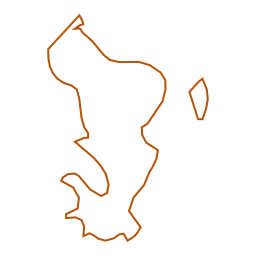 SVG path tracing the border of Mayotte
{"feature_id": "FRA-4602", "entity_name": "Mayotte", "entity_type": "Overseas department", "adm_level": 1, "iso_a3": "FRA", "parent_name": "France", "parent_adm1": "", "projection": "orthographic", "projection_center": [45.141, -12.818], "detail": "fine", "context": "isolated", "style": "outline", "palette": "amber", "viewbox_px": 256, "rotation_deg": 0, "n_neighbors": 0, "source": "natural_earth", "source_scale": "10m", "svg_char_len": 1126}
<svg xmlns="http://www.w3.org/2000/svg" viewBox="0 0 256 256"><path d="M149.9,65.2L160.7,72.6L165.3,80.2L165.5,89.4L162.6,101.2L147.5,123.7L141.8,127.3L142.2,135.0L146.3,142.7L157.9,150.1L156.4,159.0L152.2,167.7L149.8,171.3L144.0,185.2L133.5,197.7L129.0,211.0L140.6,227.2L138.0,231.8L135.3,235.3L132.1,237.9L127.5,240.6L123.7,233.7L119.3,234.4L113.6,238.4L105.6,240.6L98.4,238.7L93.7,235.3L89.5,233.3L83.4,236.1L84.2,226.6L81.7,220.2L75.5,217.3L66.1,218.1L66.1,214.1L77.7,208.5L78.9,197.7L73.1,187.4L61.1,180.9L62.9,177.4L67.8,174.2L74.9,173.6L78.8,176.0L90.3,189.6L101.1,196.0L107.1,193.0L108.6,184.5L105.6,173.6L100.5,165.5L93.7,157.8L74.9,141.7L83.9,138.0L88.1,137.6L88.1,133.1L84.3,127.5L81.5,117.9L79.3,98.8L76.9,89.5L71.3,85.4L64.1,83.1L57.3,78.7L52.7,72.7L49.9,66.7L48.5,59.3L48.2,49.1L79.3,15.4L81.8,19.5L82.6,21.5L83.3,24.3L80.5,25.0L78.8,25.9L74.9,28.8L79.1,28.4L81.0,29.7L81.9,31.7L83.3,33.3L92.0,40.8L103.7,55.0L110.0,60.0L119.0,62.1L139.0,61.9L149.9,65.2ZM189.4,91.9L199.0,81.4L202.5,78.8L206.8,89.6L207.8,98.9L206.2,108.3L202.5,119.2L198.1,119.2L189.4,91.9Z" fill="none" stroke="#b45309" stroke-width="2"/></svg>